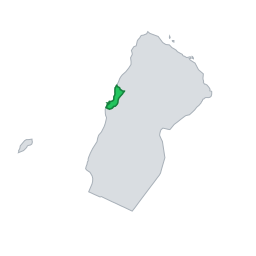 location of Radum, Shabwah, Yemen, rotated 136°
{"feature_id": "15242507B54571430773522", "entity_name": "Radum", "entity_type": "district", "adm_level": 2, "iso_a3": "YEM", "parent_name": "Yemen", "parent_adm1": "Shabwah", "projection": "natural_earth1", "projection_center": [48.124, 13.978], "detail": "fine", "context": "in_parent", "style": "filled", "palette": "green", "viewbox_px": 256, "rotation_deg": 136, "n_neighbors": 0, "source": "geoboundaries", "source_scale": "gbopen_adm2", "svg_char_len": 5602}
<svg xmlns="http://www.w3.org/2000/svg" viewBox="0 0 256 256"><g transform="rotate(136 128 128)"><path d="M200.6,109.4L192.6,112.8L190.5,114.2L188.5,116.1L187.1,118.4L186.1,122.4L186.9,126.1L186.8,128.1L184.8,129.4L182.8,130.3L180.7,131.8L179.4,132.1L178.3,133.3L177.0,134.1L172.5,136.1L167.6,137.8L159.8,139.7L156.8,141.8L154.1,143.2L149.9,143.6L144.1,145.6L141.0,147.2L137.0,149.8L136.1,150.6L135.4,152.5L134.2,154.2L131.8,156.9L130.0,158.2L128.8,158.3L126.5,159.1L123.8,159.2L119.2,158.3L118.0,158.9L117.0,160.0L113.4,161.8L109.8,165.5L107.2,166.5L102.9,167.7L99.9,169.2L97.9,169.8L95.3,170.2L90.5,170.0L85.9,170.6L81.7,171.6L79.7,173.6L77.4,176.7L73.7,178.0L72.9,179.1L71.7,181.4L69.3,182.0L67.2,182.4L65.0,181.4L60.8,184.2L59.2,184.6L56.8,184.7L55.1,185.3L53.9,185.2L52.4,184.1L49.1,182.8L46.8,183.6L46.6,181.0L42.7,172.9L43.6,165.9L43.6,165.0L42.8,161.8L40.5,159.0L40.6,155.4L39.8,152.8L39.2,150.1L39.4,149.4L39.5,148.8L38.3,144.7L37.9,143.8L37.8,143.0L38.2,142.3L38.2,141.6L37.5,140.3L36.9,137.9L33.7,136.0L34.4,134.3L35.0,134.9L35.8,135.4L36.0,134.3L36.0,133.4L34.7,128.1L36.8,121.0L36.2,114.6L39.2,112.0L39.9,111.3L40.4,110.6L41.1,109.1L42.0,108.6L42.4,107.1L42.4,106.3L41.8,105.7L41.3,103.9L41.5,101.6L41.6,100.7L42.0,98.9L43.0,98.3L43.3,97.8L42.5,96.7L42.5,96.0L44.3,94.2L45.0,93.7L46.2,93.1L47.1,93.1L48.1,93.4L49.0,93.9L49.9,94.9L50.9,95.9L52.3,96.3L53.3,96.2L54.1,96.7L54.8,96.4L55.6,95.9L56.8,95.9L58.0,95.3L61.1,95.0L64.2,95.2L67.4,94.7L70.6,94.7L73.8,94.8L74.5,94.8L75.2,95.2L77.9,96.8L80.0,97.1L84.1,97.6L88.5,98.0L92.3,98.5L95.6,98.1L98.3,97.8L99.0,97.8L99.8,98.8L101.4,101.3L103.0,103.7L105.6,103.8L107.4,102.9L109.3,101.7L110.4,100.7L111.8,96.9L112.6,94.4L114.6,91.6L116.3,89.2L118.5,86.1L119.7,84.4L122.1,81.0L124.4,79.7L128.8,77.2L133.1,74.7L135.9,73.0L138.3,72.3L142.4,71.7L147.1,70.9L151.8,70.2L156.8,69.4L162.5,68.5L166.3,67.9L171.2,67.1L175.3,66.4L178.9,65.8L182.7,65.3L183.4,67.1L184.1,69.0L184.8,70.9L185.5,72.8L186.2,74.6L187.0,76.5L187.7,78.4L188.4,80.3L189.1,82.2L189.8,84.0L190.6,85.9L191.3,87.8L192.0,89.7L192.7,91.6L193.4,93.4L194.1,95.3L194.8,97.2L196.0,97.8L196.7,99.5L197.7,102.0L198.7,104.5L199.6,106.9L200.6,109.4ZM212.0,184.8L212.9,185.0L214.5,184.4L218.8,184.3L224.0,186.4L223.0,186.9L222.4,187.7L220.1,188.4L217.9,190.0L211.3,190.7L209.3,190.3L207.7,188.8L204.8,186.7L205.9,185.4L206.2,184.8L206.6,184.3L208.3,183.3L209.9,183.5L212.0,184.8ZM35.7,159.7L35.5,160.1L35.2,160.0L34.2,159.0L35.3,157.9L35.8,159.0L35.7,159.7ZM32.7,134.7L32.2,135.1L32.0,134.4L32.4,132.7L32.9,132.3L33.2,133.5L33.0,134.2L32.7,134.7ZM35.1,164.7L34.1,165.3L34.8,163.8L35.5,163.5L35.8,163.6L35.1,164.7Z" fill="#d9dde1" stroke="#a8b0b8" stroke-width="1"/><path d="M106.3,159.8L106.5,160.0L106.6,160.4L106.7,160.6L106.9,160.7L107.0,161.0L106.9,161.2L106.8,161.4L106.4,161.8L106.4,162.1L106.2,162.3L106.1,163.0L106.2,163.3L106.3,163.5L106.3,163.8L106.3,164.0L106.6,164.3L106.7,164.5L106.8,164.9L106.8,165.3L106.7,165.5L106.6,165.8L106.3,166.5L106.7,166.6L106.8,166.6L107.0,166.5L108.0,166.1L108.3,166.0L108.5,165.9L108.9,165.9L109.2,165.8L109.4,165.8L109.4,165.7L109.6,165.7L109.8,165.4L110.4,165.0L110.6,164.8L111.0,164.4L111.6,163.8L111.7,163.7L111.8,163.5L112.0,163.4L112.2,163.2L112.4,162.9L112.6,162.7L112.8,162.6L113.1,162.2L113.3,161.9L113.5,161.6L113.8,161.5L113.9,161.4L114.2,161.1L114.4,161.0L114.5,160.9L115.0,160.7L115.7,160.6L115.8,160.6L116.1,160.5L116.2,160.4L116.5,160.2L117.5,159.3L117.6,159.2L117.9,158.8L118.0,158.7L118.3,158.5L118.4,158.4L118.6,158.3L118.8,158.3L119.1,158.2L119.3,158.2L119.6,158.1L119.8,158.1L120.1,158.2L120.4,158.3L120.8,158.4L121.4,158.7L121.5,158.8L122.0,159.2L122.2,159.3L122.2,159.5L122.3,159.7L122.3,159.8L122.3,159.7L122.5,159.7L122.8,159.6L122.9,159.4L123.0,159.4L123.0,159.5L123.1,159.4L123.1,159.5L123.2,159.4L123.2,159.5L123.3,159.5L123.5,159.5L123.4,159.5L123.4,159.4L123.5,159.4L123.8,159.3L124.0,159.4L124.0,159.5L124.1,159.4L124.2,159.2L124.3,159.2L124.5,159.1L124.5,158.9L124.6,158.7L124.8,158.7L124.8,158.8L125.0,158.8L125.3,158.8L125.5,158.9L125.8,158.8L126.0,158.8L126.2,158.7L126.3,158.7L126.4,158.8L126.5,158.9L126.5,159.0L126.6,159.3L126.7,159.2L126.8,159.1L127.0,159.0L127.3,159.0L127.3,158.9L127.5,158.7L128.0,158.4L128.4,158.3L128.6,158.3L128.9,158.3L129.1,158.3L129.3,158.3L129.5,158.2L129.6,157.9L129.6,157.7L129.5,157.4L129.4,157.0L129.3,156.9L129.0,156.7L128.9,156.6L128.9,156.4L128.9,156.2L129.0,156.1L129.0,155.8L129.0,155.7L128.9,155.6L128.7,155.4L128.5,155.2L128.5,154.9L128.4,154.7L128.3,154.4L128.2,154.4L128.0,154.5L127.9,154.4L127.6,154.1L127.4,153.9L127.1,153.8L126.6,153.5L126.4,153.5L126.1,153.5L126.0,153.4L125.9,153.4L125.6,153.2L125.3,153.2L125.2,153.3L124.9,153.3L124.5,153.2L124.0,153.5L123.8,153.4L123.5,153.3L123.4,153.3L123.2,153.4L122.9,153.3L122.8,153.2L122.7,153.0L122.6,152.9L122.2,152.6L121.9,152.5L121.7,152.5L121.2,152.5L120.7,152.5L120.2,152.6L119.5,152.6L118.9,152.8L118.6,152.8L118.2,153.0L117.5,153.4L117.4,153.5L117.1,153.7L116.5,154.3L116.3,154.5L116.0,154.7L115.2,155.3L114.9,155.3L114.7,155.4L114.6,155.6L114.1,155.7L113.8,155.8L113.2,156.0L112.9,156.0L112.4,156.0L111.7,156.1L111.3,156.2L111.0,156.2L110.9,156.2L110.2,156.2L109.4,156.3L109.0,156.3L107.9,156.4L107.7,156.5L107.1,156.7L106.9,156.7L106.3,156.8L105.5,156.8L105.4,156.8L105.0,156.9L104.9,157.0L105.5,157.6L105.9,158.1L106.3,158.5L106.4,158.9L106.4,159.1L106.3,159.3L106.3,159.5L106.3,159.8ZM126.7,159.5L126.8,159.6L126.7,159.5ZM124.5,159.3L124.5,159.2L124.5,159.3L124.5,159.2L124.4,159.3L124.5,159.4L124.5,159.3ZM125.5,160.3L125.4,160.3L125.5,160.4L125.5,160.3Z" fill="#22c55e" stroke="#15803d" stroke-width="1.5"/></g></svg>